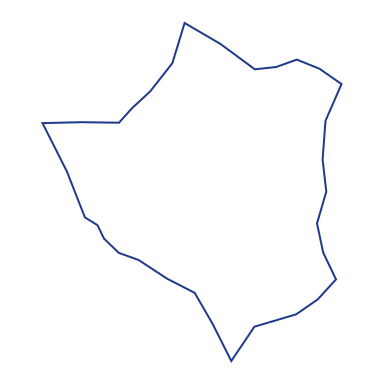 an SVG outline of San José de Ocoa
{"feature_id": "DOM-1978", "entity_name": "San José de Ocoa", "entity_type": "Province", "adm_level": 1, "iso_a3": "DOM", "parent_name": "Dominican Republic", "parent_adm1": "", "projection": "orthographic", "projection_center": [-70.501, 18.601], "detail": "fine", "context": "isolated", "style": "outline", "palette": "blue", "viewbox_px": 384, "rotation_deg": 0, "n_neighbors": 0, "source": "natural_earth", "source_scale": "10m", "svg_char_len": 508}
<svg xmlns="http://www.w3.org/2000/svg" viewBox="0 0 384 384"><path d="M184.6,23.0L220.5,44.0L254.8,69.3L276.2,67.0L296.8,59.6L319.6,68.8L341.5,84.1L325.5,120.8L322.6,159.7L326.3,191.6L317.0,223.4L323.2,252.6L336.0,279.4L317.7,299.4L296.2,314.3L254.4,326.7L231.3,361.0L212.4,323.5L194.7,292.9L167.1,278.7L138.6,260.0L118.8,252.9L104.0,238.6L97.5,225.2L84.9,217.4L67.0,171.7L42.5,123.1L81.2,122.2L119.0,122.7L132.1,108.1L150.1,91.5L172.4,63.1L184.6,23.0Z" fill="none" stroke="#1e3a8a" stroke-width="2"/></svg>